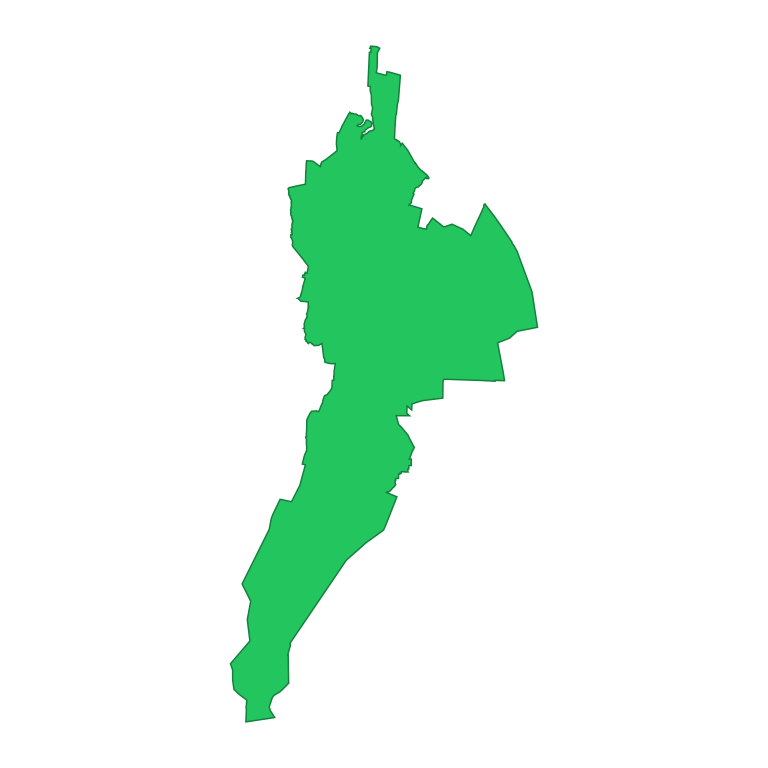 Toluca, México, Mexico (Equal Earth projection)
{"feature_id": "50627088B786178294902", "entity_name": "Toluca", "entity_type": "district", "adm_level": 2, "iso_a3": "MEX", "parent_name": "Mexico", "parent_adm1": "México", "projection": "equal_earth", "projection_center": [-99.68, 19.284], "detail": "fine", "context": "isolated", "style": "filled", "palette": "green", "viewbox_px": 768, "rotation_deg": 0, "n_neighbors": 0, "source": "geoboundaries", "source_scale": "gbopen_adm2", "svg_char_len": 6083}
<svg xmlns="http://www.w3.org/2000/svg" viewBox="0 0 768 768"><path d="M300.7,301.2L308.2,301.9L308.2,306.9L308.8,307.0L308.0,308.4L307.5,312.0L306.7,313.7L306.5,314.5L307.2,315.3L307.1,316.9L306.6,317.3L306.7,317.8L306.5,318.5L305.5,319.3L305.4,320.0L305.1,320.5L305.0,321.5L304.6,322.1L304.2,324.3L304.0,324.7L304.6,325.9L304.2,326.7L304.3,327.8L303.7,328.2L304.5,328.3L304.5,328.8L304.2,329.4L304.6,331.0L304.5,332.0L305.5,333.2L305.8,334.0L305.8,334.8L306.0,335.1L305.2,336.6L305.1,337.4L305.2,337.7L305.0,339.3L305.3,339.6L306.0,339.6L306.0,341.2L306.6,341.2L308.0,343.3L308.4,343.6L309.3,342.4L310.6,342.5L311.9,343.8L312.0,343.6L312.4,343.7L313.5,345.2L314.1,345.6L318.5,345.4L322.0,343.5L323.8,357.9L324.5,358.6L325.0,362.3L329.2,363.4L331.3,363.7L335.3,363.6L334.1,371.4L334.0,376.1L333.7,376.1L333.9,380.2L332.2,380.3L331.9,387.8L331.2,389.2L328.9,392.5L327.9,393.5L327.4,394.5L324.7,395.6L324.0,396.8L324.0,397.4L323.1,399.5L322.4,402.9L320.5,407.1L319.9,409.0L318.7,411.5L318.2,411.7L316.2,410.7L315.7,411.1L311.6,411.2L309.9,413.5L307.9,417.4L306.8,420.0L306.6,431.2L306.3,433.0L306.4,435.5L306.7,436.4L305.6,437.0L306.2,438.5L306.4,439.6L306.4,442.9L306.7,447.1L306.7,449.0L306.5,450.5L304.3,455.9L302.3,464.1L305.4,464.7L299.8,485.4L291.5,501.7L280.1,499.3L272.8,514.5L271.3,518.4L269.2,529.4L242.1,583.9L250.7,601.2L247.3,619.6L249.9,641.0L230.5,663.7L232.6,670.0L232.7,680.5L234.0,689.5L239.3,694.5L246.7,700.0L246.6,702.9L246.0,707.9L246.4,708.5L245.9,721.9L274.7,717.5L270.5,710.9L269.8,709.0L269.3,707.0L269.4,706.2L272.2,698.0L273.2,696.2L275.3,694.5L279.4,692.2L282.4,689.6L288.8,683.0L288.6,681.2L288.2,655.0L287.7,655.0L290.6,644.7L289.9,643.4L346.3,560.2L366.2,542.6L383.6,530.1L386.2,524.0L396.9,496.8L386.4,492.5L387.1,492.0L387.8,492.0L388.4,491.6L389.0,491.7L389.8,491.3L390.0,490.8L390.9,490.2L393.0,487.6L394.3,486.7L395.7,484.6L395.2,483.5L395.1,480.4L395.7,480.4L395.7,478.6L398.5,478.4L398.6,474.1L399.9,474.1L399.9,473.1L401.4,473.1L401.4,471.6L404.4,471.7L404.4,472.0L408.1,472.0L407.9,471.6L407.9,468.9L408.8,468.9L408.8,465.7L411.3,465.5L411.3,459.0L409.2,459.0L410.6,456.2L411.1,454.6L412.2,451.5L412.5,451.4L412.9,450.4L412.9,450.1L413.1,449.3L413.6,449.2L414.3,447.2L413.1,445.3L409.5,438.4L408.0,435.1L402.1,428.0L398.6,424.4L396.2,415.7L409.5,415.7L406.8,413.3L407.1,406.0L411.7,410.0L412.0,403.9L422.1,400.7L442.8,398.1L443.0,382.1L443.3,380.6L443.9,379.2L479.7,380.4L495.0,381.2L495.0,380.4L504.5,380.7L503.4,373.3L497.6,342.8L509.5,338.2L517.1,331.3L537.5,327.3L532.0,291.8L517.0,251.1L516.6,250.6L514.3,246.2L511.9,242.9L512.0,242.1L501.7,226.8L494.7,216.8L485.8,205.2L485.1,204.0L484.3,204.2L483.9,204.9L483.6,207.4L482.2,210.2L482.3,210.3L474.6,226.8L470.9,235.5L470.7,235.6L463.1,229.3L452.0,224.2L445.5,226.5L443.5,226.8L432.7,218.1L432.2,218.6L431.2,219.9L428.3,224.4L427.3,225.1L427.1,225.6L426.4,229.1L424.0,228.8L417.9,227.2L421.9,208.8L409.3,205.0L409.1,205.1L409.2,204.4L411.3,202.8L411.5,202.1L411.5,199.7L412.3,198.5L412.3,197.9L414.0,194.1L413.4,193.3L413.3,192.8L414.5,190.8L414.9,188.9L416.0,187.6L418.4,186.9L419.6,185.6L421.1,184.5L421.9,183.2L422.6,180.9L425.5,177.9L426.4,177.3L426.8,178.1L426.7,178.5L428.6,178.7L428.9,177.7L426.9,175.0L422.8,171.5L420.8,170.1L418.1,167.2L415.4,163.0L415.1,163.4L407.8,150.4L402.3,143.3L400.7,145.3L400.8,144.0L399.8,142.6L399.5,141.7L397.8,140.7L397.3,140.9L396.8,139.9L395.4,139.5L394.5,138.8L394.9,128.4L395.8,115.3L396.4,114.1L397.3,104.7L398.4,100.4L400.4,75.2L389.7,72.2L386.9,71.7L386.7,72.8L386.5,73.1L386.7,74.6L386.6,75.0L385.6,75.3L376.3,72.8L377.2,66.8L377.4,52.7L379.3,49.3L379.7,48.2L376.8,46.7L370.8,46.1L369.8,48.3L371.2,48.3L370.8,52.3L369.4,52.3L367.9,86.1L370.4,86.5L370.1,89.7L370.6,92.7L371.0,92.7L371.4,96.7L371.5,104.4L372.5,107.2L372.4,109.7L371.4,114.0L371.6,115.2L372.5,116.7L373.1,123.1L373.6,124.8L373.9,126.8L374.4,128.5L374.0,129.4L373.4,129.4L373.2,130.2L372.4,130.6L370.1,131.0L368.7,131.7L366.9,133.6L365.8,134.1L364.1,134.5L363.5,135.7L362.4,137.0L361.8,138.3L361.3,138.8L361.1,137.2L361.3,136.3L362.4,134.7L362.0,133.3L362.3,132.5L363.1,132.0L364.8,131.8L364.7,130.7L365.5,129.8L366.3,129.4L367.5,128.2L370.5,126.9L371.3,126.4L371.7,125.0L371.7,123.9L371.2,121.9L370.4,121.4L369.6,121.2L368.3,120.2L366.9,120.0L366.3,120.2L364.9,122.4L364.6,123.5L361.7,126.3L360.6,126.3L359.8,126.6L358.4,126.2L357.3,126.2L357.0,125.8L358.0,124.6L360.5,124.3L362.2,122.5L363.2,120.5L363.2,119.3L362.9,118.6L361.2,116.0L360.5,115.5L358.0,115.6L356.9,114.4L355.8,114.0L354.1,114.0L352.2,113.3L351.2,113.7L351.2,113.3L349.9,112.3L349.7,113.0L349.3,113.1L348.8,113.6L344.1,122.4L342.2,125.9L339.1,132.8L337.5,132.6L336.7,137.4L336.4,144.0L337.1,150.7L326.0,159.4L321.8,162.0L321.4,162.7L321.4,163.3L321.0,163.6L320.6,165.2L320.7,165.8L320.2,166.6L313.1,161.3L311.5,161.0L306.6,160.8L306.4,162.0L305.8,172.1L305.4,184.2L298.3,185.6L289.0,187.7L288.1,188.6L289.0,192.2L288.7,192.4L288.8,193.2L288.5,193.9L289.2,195.2L289.9,195.7L289.8,196.1L289.4,196.0L290.2,197.8L290.2,198.1L290.8,198.5L290.8,199.5L291.4,200.0L291.5,201.1L291.3,201.2L291.5,202.4L291.2,202.6L291.2,204.0L291.5,205.2L291.3,206.3L291.5,206.8L291.1,207.0L290.8,210.0L290.5,210.5L291.0,211.5L291.0,212.2L290.7,212.5L290.7,213.1L291.0,215.6L291.2,215.9L291.6,216.1L291.8,218.0L292.3,218.5L292.2,219.3L292.4,219.4L292.3,220.2L292.9,220.5L292.9,220.8L292.6,221.2L292.9,221.6L292.8,222.2L292.3,222.9L292.2,223.7L291.9,224.2L292.0,225.6L291.9,226.1L292.2,226.4L291.9,227.7L291.9,228.4L291.6,228.9L291.2,229.1L291.3,229.9L291.7,230.2L291.7,230.5L292.1,230.7L291.4,232.2L291.9,232.4L292.0,232.8L292.1,234.1L291.9,234.0L291.8,234.8L290.9,234.6L290.7,236.4L290.9,237.5L291.3,237.6L291.7,238.9L292.2,239.2L292.2,240.0L292.6,241.0L292.7,242.8L292.6,243.9L292.2,244.8L292.6,245.7L292.6,246.4L300.2,255.6L301.4,257.3L301.5,257.2L308.4,266.4L307.0,273.2L305.4,272.3L305.0,273.7L304.7,273.6L304.2,275.4L303.0,275.0L302.4,277.2L305.2,278.2L302.6,287.3L302.3,290.2L301.4,292.9L301.3,293.9L300.8,294.3L300.6,296.1L299.9,297.3L297.6,298.3L298.0,298.4L300.7,301.2Z" fill="#22c55e" stroke="#15803d" stroke-width="1.5"/></svg>